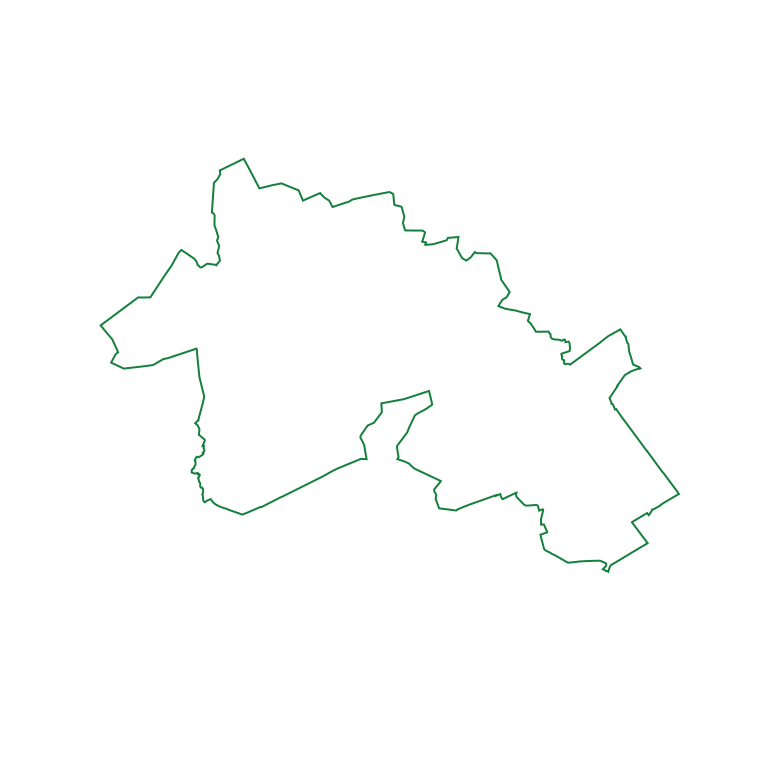 Vircavas pag., Jelgava, Latvia, rotated 156°
{"feature_id": "27541924B57397362903980", "entity_name": "Vircavas pag.", "entity_type": "district", "adm_level": 2, "iso_a3": "LVA", "parent_name": "Latvia", "parent_adm1": "Jelgava", "projection": "robinson", "projection_center": [23.832, 56.527], "detail": "fine", "context": "isolated", "style": "outline", "palette": "green", "viewbox_px": 768, "rotation_deg": 156, "n_neighbors": 0, "source": "geoboundaries", "source_scale": "gbopen_adm2", "svg_char_len": 6022}
<svg xmlns="http://www.w3.org/2000/svg" viewBox="0 0 768 768"><g transform="rotate(156 384 384)"><path d="M207.9,131.4L208.0,131.8L213.7,156.7L213.6,157.0L196.1,159.1L195.5,156.5L191.1,159.1L190.0,160.3L189.0,159.9L181.1,160.6L180.7,160.9L177.3,161.6L159.3,163.6L159.9,166.9L163.4,182.1L164.8,188.8L165.2,189.5L167.2,198.5L170.8,215.0L170.8,215.3L171.0,215.3L176.5,240.4L179.5,253.8L179.8,254.5L182.1,266.7L183.3,266.7L183.2,271.5L183.3,272.5L183.5,272.9L184.2,273.3L184.0,273.6L183.8,275.3L183.7,278.6L183.7,279.4L171.5,287.1L171.7,287.5L171.1,287.9L170.5,288.0L169.9,288.4L169.9,288.6L168.7,289.2L160.3,294.2L152.9,295.1L147.1,294.7L144.2,294.0L143.6,293.9L143.4,293.9L143.7,294.9L144.6,296.3L148.3,300.2L148.5,300.7L147.8,305.6L147.0,312.4L146.8,314.0L145.3,318.8L144.6,320.6L144.5,321.2L144.5,321.8L145.0,322.8L144.5,326.8L143.9,328.7L144.2,328.7L145.9,337.8L159.6,336.5L165.7,335.1L170.0,333.9L206.1,326.0L206.2,326.3L206.8,327.1L208.5,328.0L209.8,328.1L210.9,329.0L211.2,330.0L210.6,330.9L210.0,331.4L209.8,331.9L209.8,332.5L210.5,333.1L211.1,333.9L211.1,334.8L210.8,335.6L210.0,337.2L210.0,337.8L210.1,338.3L209.6,339.5L201.1,338.6L199.7,340.6L197.9,345.7L198.1,347.7L201.2,348.4L201.0,349.0L201.0,349.5L200.7,350.7L201.1,351.2L201.7,351.5L202.2,351.5L203.5,351.0L204.7,351.8L205.1,352.4L205.5,352.8L206.8,353.6L210.3,355.5L211.3,356.3L212.1,357.2L212.5,358.1L212.5,359.5L211.6,361.8L212.3,363.3L212.2,364.1L212.3,364.9L223.9,369.9L224.1,371.2L224.3,373.3L225.4,379.5L226.9,383.1L222.2,388.5L228.3,393.0L234.2,397.8L242.5,403.3L247.6,408.4L247.8,408.7L241.6,412.8L236.8,413.3L231.8,416.9L234.5,431.5L234.4,432.1L234.0,433.7L233.1,438.6L232.5,442.0L231.4,447.6L230.7,451.2L230.8,451.4L233.6,460.1L235.0,460.6L246.2,465.9L246.5,466.2L247.3,467.6L253.6,464.3L258.6,463.3L261.4,467.1L261.5,467.4L262.3,476.9L262.6,478.1L259.8,482.3L256.2,488.0L266.2,491.5L268.3,489.8L282.2,491.7L287.7,493.6L289.7,494.5L288.1,495.8L288.1,496.3L291.2,498.5L285.3,505.1L285.0,505.8L285.0,506.5L286.6,508.6L301.9,515.5L302.1,515.8L302.2,516.1L301.2,523.4L297.4,528.5L295.9,538.6L296.1,539.0L300.5,542.4L301.5,543.4L301.6,543.8L298.3,553.8L300.6,556.9L301.1,557.2L317.1,561.0L337.6,565.4L342.1,564.8L345.5,565.3L359.0,566.6L359.5,573.8L362.7,578.7L364.4,583.3L364.7,584.4L372.4,584.5L383.5,584.5L383.2,595.6L396.1,609.0L405.0,611.0L418.3,613.4L419.3,630.5L420.5,646.8L447.1,645.9L448.2,642.3L453.1,638.7L457.5,637.0L471.5,610.6L471.0,610.4L470.8,610.2L470.1,607.2L470.2,606.8L474.3,598.1L474.9,591.3L475.6,585.8L475.9,585.1L477.9,583.4L478.2,583.0L478.5,577.0L481.1,573.7L482.9,571.2L482.5,568.7L483.6,563.7L484.1,563.1L489.0,560.7L489.2,561.3L496.2,565.6L497.3,565.7L502.6,564.8L503.7,564.9L504.4,565.3L505.3,567.7L505.5,568.0L505.9,568.7L505.5,571.4L505.5,572.0L505.8,573.5L506.2,575.1L506.6,576.0L511.7,584.3L514.7,588.9L518.3,587.4L529.7,578.7L540.9,571.9L562.2,558.2L568.0,560.6L573.5,563.1L619.0,552.8L617.2,546.0L614.2,535.7L614.1,535.1L614.0,530.0L614.0,527.2L613.9,525.2L614.1,521.1L617.0,520.4L624.6,514.5L615.4,503.9L598.2,498.5L588.8,495.7L586.6,495.3L583.9,495.6L575.2,496.5L570.9,495.5L541.0,492.6L541.0,491.6L543.4,484.9L549.8,465.5L552.0,453.1L553.1,446.8L553.4,445.8L553.7,445.1L556.8,440.9L566.0,429.5L568.0,427.0L569.0,426.4L568.8,426.2L572.5,424.9L571.0,422.1L571.0,417.7L573.8,412.9L573.3,412.0L570.5,406.2L570.5,405.7L570.7,405.2L574.5,401.6L574.3,401.6L573.8,401.2L573.6,401.0L573.8,400.2L574.7,399.5L574.8,399.1L574.8,398.3L575.2,397.2L575.1,396.3L575.2,396.0L575.3,395.9L576.1,395.3L577.1,395.2L577.5,395.1L577.6,394.8L577.6,394.3L577.4,394.0L577.3,393.7L578.4,393.2L579.0,393.1L580.9,392.7L583.2,392.6L583.7,392.7L584.3,393.2L584.5,393.6L585.1,393.5L586.1,392.8L586.9,392.3L587.1,392.0L587.6,391.7L588.0,390.9L588.0,390.7L587.6,390.2L588.0,389.7L588.2,388.6L589.2,386.8L590.5,386.0L591.4,385.2L591.7,384.6L593.0,384.4L593.5,384.1L593.6,383.8L594.6,383.6L594.8,383.2L595.2,382.3L595.6,381.7L595.5,381.1L594.4,380.2L593.5,379.2L592.5,378.8L590.7,378.7L590.3,378.3L590.2,377.8L590.5,377.5L590.8,377.1L590.6,376.7L590.0,376.6L589.4,376.6L589.2,376.1L589.4,375.7L590.9,374.3L591.3,373.9L591.7,373.6L592.0,373.7L592.1,373.3L592.4,370.9L592.7,370.2L592.7,369.9L592.6,369.3L592.2,368.4L592.6,367.3L593.5,365.5L593.6,364.8L593.4,363.9L593.0,363.5L592.4,363.4L592.4,362.8L592.1,362.3L592.1,361.5L592.7,360.0L593.6,358.2L594.9,357.2L594.9,355.4L595.9,353.3L596.5,350.2L595.8,348.8L592.5,349.4L589.1,349.3L588.3,345.6L587.7,344.1L587.1,343.0L586.1,341.5L584.3,339.3L580.7,335.7L579.4,334.8L577.0,332.2L566.5,322.3L560.8,322.1L547.0,321.9L546.1,321.4L525.4,322.5L521.5,322.5L476.8,324.5L470.9,325.1L465.9,325.5L460.9,325.7L435.7,325.0L430.5,322.4L430.1,323.7L429.8,325.3L427.0,336.1L426.9,338.3L427.1,340.2L427.0,340.7L427.4,344.0L427.2,344.9L426.4,346.2L418.6,351.1L415.8,352.7L408.9,352.7L397.6,359.0L396.8,360.6L394.3,367.4L372.2,362.1L345.7,359.3L348.2,345.9L348.7,345.5L355.8,344.1L366.4,343.3L368.6,342.7L378.9,333.9L382.5,330.3L397.2,322.1L398.0,320.6L400.5,311.3L402.3,309.9L396.9,305.0L393.6,301.3L391.4,295.8L390.6,294.3L371.6,272.3L373.2,271.2L381.0,267.3L381.7,265.8L381.3,261.6L383.6,257.9L384.2,248.0L369.4,239.0L368.3,239.5L361.9,239.4L354.0,239.0L326.2,236.8L326.0,236.7L326.5,236.3L322.6,236.2L322.8,234.5L323.0,233.8L323.0,233.3L322.6,230.6L307.6,230.9L307.2,230.8L308.2,229.7L308.8,227.3L308.7,226.6L305.3,217.2L304.9,216.4L303.8,215.3L302.8,214.7L294.2,211.6L293.5,211.0L293.0,210.3L293.0,209.8L293.7,205.7L293.8,205.2L289.9,204.9L289.9,203.9L295.4,196.9L297.7,191.7L295.1,190.7L295.1,187.0L295.1,184.2L295.1,182.8L295.3,182.1L302.3,182.7L302.6,181.4L302.9,180.2L304.5,170.1L304.9,168.8L304.7,167.7L304.2,166.4L300.8,162.2L299.4,160.1L297.6,158.2L290.0,147.7L288.8,146.2L288.3,145.8L279.9,143.0L278.0,142.5L272.9,140.6L269.1,139.1L260.8,135.7L258.6,134.7L258.1,134.3L254.5,130.3L254.1,129.6L254.1,129.2L254.9,127.8L256.5,126.9L259.4,125.8L257.6,123.7L257.6,123.4L257.3,123.4L255.5,121.2L255.3,121.5L252.6,124.6L252.1,125.1L250.5,126.2L207.9,131.4Z" fill="none" stroke="#15803d" stroke-width="2"/></g></svg>